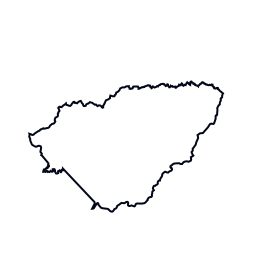 Tsangano, Tete, Mozambique (Albers equal-area conic projection), rotated 43°
{"feature_id": "85939544B8789366603018", "entity_name": "Tsangano", "entity_type": "district", "adm_level": 2, "iso_a3": "MOZ", "parent_name": "Mozambique", "parent_adm1": "Tete", "projection": "albers", "projection_center": [34.263, -15.088], "detail": "fine", "context": "isolated", "style": "outline", "palette": "ink", "viewbox_px": 256, "rotation_deg": 43, "n_neighbors": 0, "source": "geoboundaries", "source_scale": "gbopen_adm2", "svg_char_len": 5785}
<svg xmlns="http://www.w3.org/2000/svg" viewBox="0 0 256 256"><g transform="rotate(43 128 128)"><path d="M75.0,140.4L74.5,141.1L73.9,142.8L74.0,144.5L73.2,145.1L72.4,145.2L72.0,145.9L70.8,145.6L70.3,146.2L70.5,147.4L70.4,148.0L70.8,150.1L70.7,151.2L69.7,152.0L68.5,152.3L67.3,153.0L66.7,153.0L65.9,152.4L65.8,154.1L65.3,155.6L65.2,158.0L64.4,158.7L63.6,158.9L63.2,159.8L63.2,160.6L63.4,161.0L64.6,161.3L66.2,162.2L66.2,163.3L66.5,164.3L66.8,164.4L66.9,165.4L68.4,166.8L68.6,168.0L67.9,169.9L68.4,171.3L69.1,172.3L70.4,172.8L70.7,174.4L70.6,175.5L69.7,176.8L69.4,179.3L69.8,181.1L69.6,182.2L67.3,185.5L67.1,185.8L66.2,186.0L65.6,188.0L65.1,188.5L65.0,189.4L65.1,190.2L64.4,192.0L63.5,195.7L63.5,197.1L63.2,197.9L62.6,198.5L61.7,198.6L59.8,199.5L60.6,200.0L61.8,201.8L63.7,202.5L65.0,203.8L68.7,205.5L69.6,205.6L72.0,205.1L73.5,204.5L74.0,203.6L74.3,202.7L75.0,201.7L76.1,201.1L76.8,201.0L77.6,201.4L78.1,201.9L80.2,205.2L82.4,205.5L82.7,205.8L83.0,207.0L84.4,206.9L93.9,208.1L95.0,209.4L95.8,209.4L96.4,210.1L96.3,210.7L95.6,210.6L96.5,211.8L96.4,212.3L95.5,212.5L95.8,214.5L94.9,215.3L94.8,215.6L94.9,216.1L95.6,216.5L95.5,217.3L95.6,217.9L95.1,218.4L95.9,217.9L96.7,216.8L97.6,216.4L97.4,214.8L98.0,214.6L98.6,215.0L99.3,214.9L99.3,214.3L99.8,214.0L100.4,213.9L100.7,213.7L100.6,212.9L100.7,212.0L101.4,212.0L101.9,211.6L102.3,211.8L102.5,211.6L102.7,211.1L102.6,210.4L101.1,209.5L102.0,208.4L102.5,208.3L102.8,208.5L103.5,208.7L104.2,209.6L106.3,210.3L107.1,209.8L107.7,208.7L106.9,207.6L106.4,207.5L106.3,207.2L106.7,206.6L106.8,205.7L107.5,205.6L108.9,206.2L109.1,206.1L109.1,205.8L108.7,205.6L108.0,203.7L108.3,203.4L109.3,203.4L109.4,203.0L108.4,202.1L154.0,205.0L154.5,205.3L155.2,206.1L156.8,211.5L157.4,210.8L157.7,210.1L156.7,204.5L157.0,203.5L157.8,203.5L158.8,204.3L162.6,204.7L164.2,204.0L168.3,201.0L168.8,200.8L171.4,200.9L172.6,200.6L173.4,200.1L173.8,198.9L173.4,196.4L174.0,195.2L174.0,194.7L173.9,193.7L173.4,192.8L173.2,192.2L173.7,190.7L174.2,187.8L174.4,187.2L176.6,185.5L176.9,185.0L177.1,183.5L177.8,182.5L178.3,182.3L179.1,182.5L180.5,184.4L180.8,184.5L181.6,184.5L182.5,183.9L183.4,182.2L186.1,181.0L186.3,180.2L185.6,178.3L185.7,177.7L186.0,177.2L189.7,173.8L191.1,172.0L191.5,170.9L191.5,167.2L191.0,167.0L190.7,165.0L190.9,164.2L192.1,162.4L192.0,161.5L190.9,160.5L190.4,159.4L189.4,158.3L189.1,157.5L189.4,155.9L187.5,155.3L186.5,153.4L186.5,152.5L187.4,151.6L187.4,150.6L187.8,149.6L187.9,148.9L187.7,148.3L187.1,147.8L186.5,147.0L186.4,145.6L187.2,144.7L186.8,144.2L186.1,142.5L185.8,140.3L184.6,138.3L184.5,137.6L184.7,135.4L185.0,134.6L186.9,133.9L187.8,133.1L187.8,131.9L188.8,129.4L188.4,128.2L188.0,127.9L187.0,127.5L186.5,127.9L185.7,127.7L185.2,127.1L185.1,126.5L185.4,125.5L185.6,123.2L187.2,121.1L188.2,120.2L189.4,118.9L190.8,118.6L192.1,117.5L192.1,116.6L191.9,116.0L192.0,115.0L192.5,113.8L193.2,112.8L194.1,112.0L195.4,111.3L196.2,109.0L195.9,108.2L193.9,106.5L193.9,106.1L194.4,105.1L194.6,103.6L193.5,103.5L190.9,102.3L190.8,100.5L190.3,99.8L189.5,99.2L188.9,94.1L187.7,91.9L186.3,87.9L186.1,87.5L184.9,86.5L183.7,85.8L184.3,82.8L186.2,80.6L186.0,73.2L185.3,69.2L186.0,67.9L186.7,67.6L187.6,66.9L187.8,65.9L185.9,61.7L185.1,60.7L183.9,59.5L183.8,58.7L184.3,58.1L184.1,57.6L181.1,53.8L179.7,52.6L178.8,49.6L179.1,48.7L179.0,48.1L178.1,47.1L177.6,46.2L177.1,44.5L175.9,43.5L175.7,42.7L175.9,41.4L174.9,40.3L173.9,38.3L173.9,37.9L169.3,38.2L168.2,37.9L167.3,38.3L166.6,37.6L166.4,37.9L166.0,37.8L165.8,38.2L165.5,38.3L165.4,38.9L165.0,39.2L165.0,39.6L164.0,40.2L163.3,40.0L163.1,39.6L162.7,39.7L162.4,39.4L161.9,39.6L161.3,39.4L160.3,38.7L160.1,39.0L159.7,39.1L159.9,39.8L159.2,40.0L159.0,40.5L158.3,40.6L158.2,41.1L157.8,41.7L157.0,42.2L156.3,42.3L156.1,42.6L155.4,43.1L154.9,42.8L154.4,43.0L154.2,43.3L153.7,43.2L153.3,43.6L152.5,43.3L152.1,43.4L151.8,43.8L151.3,43.7L151.1,43.8L151.0,44.9L151.3,45.4L150.7,46.7L150.9,47.4L150.7,48.7L150.5,49.0L150.9,49.6L150.6,49.6L149.4,50.0L149.1,50.0L148.6,50.5L147.8,50.5L147.4,50.4L147.4,50.8L147.0,50.9L146.5,50.9L146.2,50.6L145.7,51.0L145.4,50.6L144.9,50.8L143.9,50.8L143.5,51.1L142.8,50.8L142.5,50.9L142.3,51.6L143.0,52.4L143.3,52.6L143.3,53.2L144.1,54.1L143.8,54.2L143.6,54.0L142.4,54.3L141.8,53.8L141.0,54.3L140.2,54.2L140.4,55.9L140.9,57.3L140.0,57.7L139.8,59.3L139.3,59.4L137.2,58.6L136.9,58.7L137.1,59.1L136.9,60.1L137.4,60.7L136.7,61.5L136.2,61.3L135.8,61.5L136.4,62.7L135.8,63.9L135.6,66.0L135.4,66.1L134.9,65.5L134.4,65.4L133.8,66.3L132.6,67.3L132.2,67.1L131.8,67.1L131.3,68.1L130.4,68.0L130.8,69.6L130.5,70.1L128.5,69.8L127.7,69.0L127.2,69.0L126.9,69.3L127.4,70.4L127.0,71.6L126.5,71.6L125.0,71.2L124.7,71.2L124.5,71.7L123.4,71.8L122.9,72.7L122.3,73.1L122.0,73.9L122.1,74.7L121.7,75.0L121.4,76.0L121.6,77.1L120.7,77.5L120.8,78.1L120.0,80.0L119.7,80.4L118.2,80.5L117.8,80.6L117.8,81.6L118.2,82.4L118.1,82.8L117.5,82.6L116.9,82.8L116.6,82.4L115.9,82.6L115.3,81.9L114.4,82.4L114.0,83.0L113.4,83.1L113.1,84.0L111.9,86.2L112.0,86.8L111.4,87.2L111.4,87.7L111.2,88.0L110.5,88.4L110.2,89.0L110.0,90.1L109.4,90.6L109.3,90.9L109.5,91.3L109.3,91.9L109.0,92.1L108.9,91.8L107.0,90.9L103.6,94.1L103.6,94.4L104.2,95.4L104.3,95.8L104.2,96.2L103.8,96.4L103.4,97.5L102.4,98.2L101.6,97.5L100.5,97.5L100.1,96.9L98.3,98.7L98.1,99.9L97.7,100.7L97.1,101.4L96.5,101.7L95.8,102.9L95.6,103.8L95.3,104.4L96.0,106.4L95.8,108.8L95.2,110.0L96.1,111.8L95.9,112.9L96.4,114.0L95.2,115.2L93.0,116.3L93.7,117.6L94.5,118.4L94.1,120.4L93.0,122.9L93.1,123.3L94.0,125.5L94.0,126.2L94.5,127.1L94.6,128.7L95.0,129.3L95.7,129.6L95.7,130.4L94.8,130.7L93.4,130.3L92.1,130.6L91.0,131.6L90.9,132.7L90.7,132.8L88.5,132.7L88.0,133.5L85.9,133.9L84.9,133.9L82.5,135.1L82.4,137.0L81.8,137.8L81.4,139.1L81.9,140.7L80.9,142.0L80.2,142.1L78.5,141.2L76.8,141.1L75.7,140.5L75.0,140.4Z" fill="none" stroke="#020617" stroke-width="2"/></g></svg>